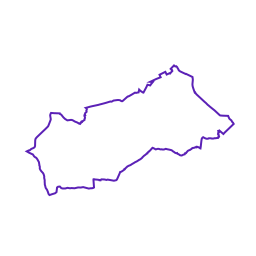 the district of Ciprian Porumbescu, Suceava, Romania, rotated 347°
{"feature_id": "2599482B10276215213878", "entity_name": "Ciprian Porumbescu", "entity_type": "district", "adm_level": 2, "iso_a3": "ROU", "parent_name": "Romania", "parent_adm1": "Suceava", "projection": "mercator", "projection_center": [26.075, 47.579], "detail": "fine", "context": "isolated", "style": "outline", "palette": "violet", "viewbox_px": 256, "rotation_deg": 347, "n_neighbors": 0, "source": "geoboundaries", "source_scale": "gbopen_adm2", "svg_char_len": 5725}
<svg xmlns="http://www.w3.org/2000/svg" viewBox="0 0 256 256"><g transform="rotate(347 128 128)"><path d="M80.4,178.6L81.5,178.3L82.7,170.6L82.9,170.2L83.7,170.4L83.9,170.6L87.0,171.6L88.4,172.2L88.9,172.4L88.8,172.6L89.5,172.8L89.8,172.3L90.1,172.3L90.7,172.1L92.9,172.7L93.8,173.0L95.2,173.7L95.5,173.8L96.2,173.7L96.6,173.7L101.5,175.8L102.1,176.1L102.5,176.2L104.7,176.2L105.2,176.0L105.6,175.7L106.4,174.7L109.4,170.7L110.5,169.1L110.8,169.2L111.1,169.2L111.7,169.0L112.5,168.8L115.4,167.6L115.3,167.2L116.3,166.8L116.7,166.6L117.1,166.3L117.6,166.0L117.9,165.9L118.6,165.4L120.4,164.9L120.8,164.9L121.9,164.7L122.1,164.7L123.3,164.2L125.9,163.4L127.6,162.8L128.3,162.7L128.8,162.6L129.4,162.4L130.8,161.9L131.1,161.8L131.2,161.7L133.1,161.2L134.7,160.4L135.1,160.2L135.6,159.7L136.2,159.4L137.3,158.7L139.0,158.0L139.7,157.6L140.3,157.3L140.8,157.2L140.7,157.0L142.9,155.6L143.1,155.7L144.9,154.6L145.5,154.1L146.5,153.5L147.2,152.9L147.5,152.8L148.6,153.6L148.7,153.8L149.1,154.1L149.6,154.5L149.8,154.8L150.2,155.1L150.6,155.1L151.3,155.0L152.3,155.0L153.2,155.2L153.9,155.6L154.5,156.0L155.4,156.3L156.0,156.3L156.7,156.7L157.3,156.8L157.9,157.0L158.7,157.0L160.1,156.8L160.7,157.1L161.2,157.4L161.4,157.5L163.2,158.3L164.4,158.9L165.0,159.2L165.5,159.5L166.2,160.3L166.5,160.8L167.2,161.4L168.0,162.4L168.5,162.9L169.5,163.5L170.2,163.4L170.3,163.7L170.4,163.9L170.4,164.1L170.5,164.3L170.9,164.5L171.4,165.0L171.8,165.3L172.1,165.6L172.2,165.8L172.4,166.1L172.9,166.4L173.4,166.6L173.8,166.8L174.6,166.8L176.0,166.4L176.6,166.4L176.9,166.4L177.1,166.4L177.3,166.4L177.5,166.1L177.7,165.9L177.8,165.8L177.9,165.5L178.0,165.4L178.6,165.6L178.8,165.6L179.1,165.4L179.6,164.8L179.9,164.7L181.0,163.8L181.6,163.6L182.6,163.4L183.6,163.3L184.0,163.0L184.5,162.9L184.9,162.8L185.3,162.6L185.7,162.3L185.8,162.2L186.3,162.1L186.7,162.0L187.1,162.1L187.4,162.1L187.8,162.2L188.5,162.0L188.9,162.0L189.5,162.1L189.8,162.1L190.1,162.2L190.4,162.3L190.5,162.2L190.5,161.8L190.5,161.7L190.9,161.7L191.3,162.0L191.8,162.3L192.2,162.6L192.4,162.7L192.6,162.7L192.8,162.9L192.9,163.1L193.2,163.3L193.4,163.6L193.6,163.6L193.7,164.0L194.0,164.2L194.7,162.5L196.7,156.8L197.5,155.0L198.0,154.5L198.4,154.2L198.7,154.0L199.2,153.9L199.4,154.1L200.5,155.1L201.1,155.5L201.8,156.0L202.4,156.2L202.8,156.3L203.2,156.4L203.8,156.4L204.0,156.3L204.3,156.2L204.6,156.2L205.0,156.3L205.4,156.4L206.1,156.6L206.7,156.8L207.4,157.2L208.0,157.3L208.5,157.4L209.1,157.5L209.9,157.4L210.5,157.6L211.5,157.7L212.6,157.8L213.4,157.9L213.5,157.5L213.6,157.4L213.9,157.4L214.1,157.5L214.3,157.4L214.5,157.1L214.8,156.8L214.7,156.6L214.5,156.3L214.5,156.2L214.9,155.4L214.7,155.0L214.5,154.8L214.4,154.5L214.3,154.2L214.6,153.6L214.8,153.5L214.9,153.3L214.8,153.2L214.9,152.9L215.3,153.0L215.5,152.9L215.7,152.7L215.6,152.3L215.6,152.0L215.3,151.3L215.3,151.1L215.5,151.1L216.0,151.2L216.2,151.3L216.4,151.2L216.5,151.1L219.6,155.3L221.0,154.3L231.9,147.8L231.6,146.8L231.5,146.4L231.2,146.0L230.9,145.5L230.7,145.0L230.7,144.8L230.6,144.5L230.5,144.0L230.1,143.4L229.3,142.4L228.9,141.8L228.6,140.6L228.3,138.7L228.0,138.6L227.5,138.5L223.1,137.3L221.2,136.7L220.5,136.4L220.3,136.2L218.4,133.4L216.3,130.3L214.3,127.8L212.2,125.1L211.6,124.2L210.9,123.4L210.6,122.9L209.7,121.4L209.0,120.4L208.9,120.3L208.6,119.9L202.3,110.6L201.8,109.6L201.6,109.0L201.4,108.3L201.0,108.4L200.6,104.9L200.4,102.5L200.4,101.5L200.6,99.9L202.0,95.7L202.2,94.2L202.3,92.8L196.7,88.3L196.4,88.4L196.0,88.1L191.6,84.6L190.8,83.7L190.4,83.1L190.4,82.8L190.4,82.5L189.8,80.7L189.6,79.8L189.3,79.3L188.9,78.7L187.9,78.7L186.9,77.4L182.9,80.0L183.8,81.2L183.6,81.5L184.0,82.4L181.3,84.3L181.1,83.9L177.7,84.6L177.0,81.7L170.7,83.2L171.2,85.9L166.5,86.6L160.0,88.0L162.5,88.8L160.4,90.4L159.2,91.5L156.7,90.2L155.1,92.3L151.0,97.0L150.7,96.9L149.0,95.2L148.3,94.3L147.8,93.6L147.5,93.1L146.3,95.7L145.4,95.6L144.2,95.6L143.7,95.6L142.8,95.1L139.1,96.3L135.7,97.3L135.6,97.2L135.2,97.2L134.7,97.3L133.9,97.7L128.8,100.5L128.5,100.6L128.1,100.5L127.6,100.3L127.2,99.9L126.4,99.1L124.7,98.5L123.3,98.3L120.0,98.0L119.7,98.1L118.6,98.5L117.8,98.6L117.1,98.4L116.8,98.2L112.5,98.5L110.2,98.6L107.1,98.7L106.0,98.7L104.3,98.8L98.0,98.7L95.7,98.7L93.9,98.8L91.4,98.9L92.1,99.8L92.1,100.5L91.8,101.0L91.3,101.7L91.4,102.4L91.2,103.0L90.6,103.3L89.6,103.9L89.3,104.6L89.0,104.9L89.1,105.5L89.2,106.1L88.9,106.2L88.6,105.9L88.4,105.9L88.2,106.4L88.4,107.1L88.4,108.5L87.7,109.4L87.5,110.3L85.6,111.1L84.6,111.1L84.3,111.2L84.4,111.9L83.9,112.0L83.6,111.8L83.1,112.6L82.3,113.2L81.6,112.5L81.3,112.7L79.9,111.3L77.6,109.7L76.3,108.4L75.1,107.5L73.9,107.2L72.5,107.1L70.6,106.9L68.7,105.0L67.5,103.2L66.8,101.8L66.0,100.0L64.8,99.0L64.8,98.4L59.2,96.9L56.4,96.0L56.1,96.3L55.4,97.3L55.0,98.2L54.9,99.5L54.8,101.2L54.7,102.1L54.3,102.9L51.4,107.2L50.6,108.3L49.9,108.8L47.0,110.6L44.6,112.0L37.2,116.4L35.7,117.5L35.3,118.1L34.8,119.2L33.4,124.6L32.9,125.4L32.3,125.9L31.0,126.3L29.2,126.6L28.5,126.9L27.7,127.4L27.2,127.6L26.9,127.5L26.3,127.5L25.8,127.6L24.1,128.0L25.8,129.6L28.3,131.6L29.3,132.3L29.6,133.0L30.1,134.4L30.4,134.9L31.0,135.6L31.9,136.4L32.6,138.0L33.5,141.1L33.5,141.7L33.4,143.0L33.4,143.5L33.2,144.6L33.4,145.3L33.3,146.2L32.9,147.8L33.1,148.7L33.2,149.1L33.8,150.6L35.0,152.7L35.4,154.1L35.5,156.2L35.3,157.1L35.1,157.7L35.1,160.0L34.7,161.7L34.4,163.6L34.2,164.5L34.3,165.4L34.3,167.4L34.4,168.1L34.6,168.6L34.9,169.2L35.2,170.0L35.6,172.4L35.7,173.9L35.9,174.8L36.3,175.4L36.5,175.7L39.1,175.4L42.2,175.2L43.9,174.4L45.5,170.0L46.6,169.5L48.4,169.7L49.5,171.6L50.9,172.3L53.3,172.8L55.6,172.7L58.0,173.7L59.4,173.8L62.4,174.7L65.9,174.7L68.7,175.4L71.0,175.5L76.2,178.2L77.8,178.3L79.4,178.6L80.4,178.6Z" fill="none" stroke="#5b21b6" stroke-width="2"/></g></svg>